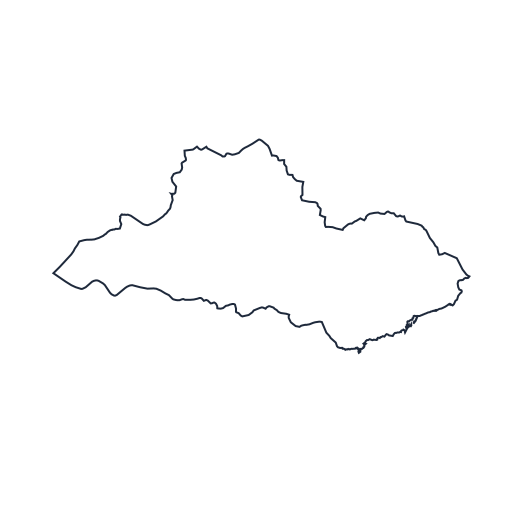 Hörgársveit, Norðurland eystra, Iceland, rotated 74°
{"feature_id": "244011B22444435927366", "entity_name": "Hörgársveit", "entity_type": "district", "adm_level": 2, "iso_a3": "ISL", "parent_name": "Iceland", "parent_adm1": "Norðurland eystra", "projection": "orthographic", "projection_center": [-18.391, 65.624], "detail": "fine", "context": "isolated", "style": "outline", "palette": "slate", "viewbox_px": 512, "rotation_deg": 74, "n_neighbors": 0, "source": "geoboundaries", "source_scale": "gbopen_adm2", "svg_char_len": 6097}
<svg xmlns="http://www.w3.org/2000/svg" viewBox="0 0 512 512"><g transform="rotate(74 256 256)"><path d="M135.0,295.7L140.1,296.8L142.4,296.5L144.3,296.8L144.8,297.3L145.9,301.3L146.5,302.0L150.6,302.6L152.5,303.6L154.5,306.2L154.2,309.5L154.5,312.5L157.7,315.7L161.6,315.9L167.2,313.6L172.9,316.1L173.6,317.3L173.4,318.4L173.2,318.8L173.4,319.4L172.8,320.4L174.6,319.7L175.4,320.3L179.3,320.7L183.7,323.9L185.5,324.7L186.8,325.6L188.2,327.9L189.8,329.8L190.4,330.7L190.8,332.0L192.3,334.4L195.2,342.7L196.4,349.7L196.5,351.1L196.4,352.0L195.2,354.4L194.0,355.9L182.8,365.2L180.9,367.8L180.7,369.4L180.3,370.2L180.3,370.6L179.9,371.1L179.7,372.7L179.1,373.2L179.0,373.7L180.7,375.9L181.6,375.7L183.1,376.6L184.8,377.1L188.2,376.7L192.1,379.3L191.8,381.7L191.2,383.4L191.5,384.7L191.1,386.3L191.3,386.7L191.1,387.2L191.1,389.1L192.0,391.9L193.5,394.5L193.6,395.4L194.5,397.3L195.3,402.1L195.4,405.5L195.5,406.6L195.0,409.4L193.7,414.4L193.4,416.9L193.3,421.9L196.2,424.7L198.8,428.0L201.2,430.2L203.6,433.2L212.4,447.7L216.7,455.5L228.1,446.1L233.2,441.5L236.3,437.9L239.5,433.1L239.7,431.8L239.1,428.3L235.5,420.6L235.2,418.6L235.3,416.7L235.7,415.4L236.5,414.1L240.2,410.6L242.3,409.3L251.0,406.5L253.0,405.4L254.9,403.4L255.3,402.4L255.1,400.6L250.7,390.6L250.0,388.5L249.6,385.7L249.7,384.2L250.0,382.9L254.1,376.0L257.5,369.3L258.9,363.5L260.0,360.8L263.0,357.1L266.9,353.5L269.6,350.5L274.1,348.1L274.9,347.4L276.2,345.2L276.9,343.6L277.4,341.6L277.2,339.2L277.3,337.8L278.6,336.2L280.0,331.3L280.7,327.7L280.9,324.1L280.8,322.0L281.2,320.6L282.0,319.8L284.7,318.5L284.5,316.1L284.6,315.8L285.6,314.6L289.1,312.6L289.3,311.1L289.1,309.8L289.2,308.9L289.7,308.4L290.9,307.6L293.4,307.1L295.6,307.6L296.0,306.9L296.9,304.4L297.0,302.0L295.6,298.7L295.8,296.2L295.5,294.7L295.6,292.0L296.0,290.6L296.9,289.6L301.1,289.7L304.0,290.6L304.6,290.5L306.2,288.4L309.0,287.1L310.3,285.8L310.7,279.3L309.1,275.0L307.7,273.2L307.0,266.6L307.0,264.6L307.5,263.5L309.3,261.3L308.4,260.1L308.1,259.1L307.8,257.5L308.1,256.6L310.5,253.3L311.7,252.8L313.8,250.9L315.7,250.0L316.6,249.1L317.7,247.7L319.9,242.8L321.6,240.3L323.5,241.4L324.6,241.6L329.3,240.8L334.3,237.2L336.1,233.7L335.5,231.8L335.5,230.4L335.7,227.5L336.0,227.0L336.4,223.5L336.0,219.5L336.0,217.5L336.5,213.6L336.8,212.5L337.6,210.9L349.1,209.5L353.0,207.5L355.5,206.8L361.2,203.2L365.0,203.0L366.3,202.4L367.6,200.5L368.0,198.6L368.4,198.5L368.3,198.2L368.7,197.9L369.2,197.9L369.4,197.1L370.1,196.2L370.8,196.0L370.6,194.9L370.9,194.4L370.8,193.4L371.0,193.4L371.0,192.7L371.5,192.0L371.6,191.6L371.4,191.5L371.6,190.7L371.5,189.9L371.9,188.7L371.9,188.4L372.3,186.9L372.2,185.9L372.0,185.6L372.3,185.4L372.1,184.8L372.5,184.9L372.5,184.1L372.8,183.9L372.4,183.7L373.2,183.0L373.9,183.4L374.2,183.0L374.2,182.7L376.1,183.9L377.4,183.8L376.8,182.1L375.7,181.8L374.2,180.7L374.5,179.7L374.0,178.8L374.0,178.2L373.3,177.9L373.3,177.3L372.9,176.8L371.6,176.6L370.7,174.8L370.3,175.5L370.4,176.4L369.9,176.8L368.9,174.6L368.1,174.0L367.4,172.5L367.7,171.4L367.3,169.6L369.0,167.4L369.0,166.0L368.9,165.9L370.0,163.1L369.8,162.5L369.2,162.6L368.2,161.4L368.6,160.1L369.0,159.6L368.3,158.6L368.5,158.1L368.0,156.2L368.9,154.8L367.4,152.8L367.1,152.0L368.0,150.7L369.0,150.0L370.6,146.6L369.2,145.2L368.3,143.8L368.3,143.1L368.6,142.6L368.5,141.1L369.0,139.5L368.7,138.4L369.0,137.7L368.4,137.6L367.7,136.6L367.8,134.7L367.5,134.5L368.8,133.2L369.9,133.8L370.6,133.8L367.1,130.5L366.2,129.1L365.8,127.2L366.2,126.5L365.5,125.8L364.6,125.7L365.1,126.1L365.1,126.7L365.5,127.4L365.9,129.2L364.5,128.5L365.8,131.4L365.4,131.4L364.5,130.0L363.8,130.0L363.5,129.2L360.9,128.6L360.6,128.2L361.0,126.9L360.5,126.3L360.1,124.2L360.4,123.2L359.0,122.7L358.9,121.9L357.2,121.0L357.1,120.3L358.0,118.5L358.0,117.6L358.2,117.3L362.1,120.5L362.5,121.4L362.6,121.2L363.2,121.9L363.3,122.5L364.4,123.4L362.4,120.5L358.8,117.6L358.3,116.9L358.8,115.2L358.5,113.5L358.6,113.1L358.3,111.8L358.4,111.2L358.1,110.0L358.1,108.9L357.7,106.1L357.9,104.3L357.6,103.4L357.7,102.1L357.5,100.8L358.0,98.7L357.6,99.2L357.6,97.6L358.1,97.5L358.3,98.2L358.4,97.8L358.1,97.3L357.7,97.3L357.9,96.7L357.4,94.3L357.6,92.5L357.5,91.4L356.9,88.0L355.6,83.9L355.6,83.4L356.0,83.3L356.0,83.1L355.5,83.3L355.5,83.0L355.9,82.8L355.6,82.6L356.0,82.1L356.7,81.5L356.7,81.8L357.7,80.6L356.9,79.1L353.9,76.5L353.6,75.2L353.3,74.7L350.0,72.6L348.0,69.7L347.8,68.7L346.6,67.9L345.6,68.0L344.3,69.8L341.8,70.2L338.1,69.8L335.9,68.4L335.7,68.0L335.5,66.4L335.9,65.4L335.8,64.9L336.0,64.4L336.0,63.6L335.1,62.1L334.8,60.5L335.4,59.5L335.5,58.0L334.4,56.5L333.3,57.8L331.7,58.9L325.9,61.2L313.5,63.6L305.1,73.7L305.6,76.6L305.3,79.5L303.4,79.9L297.8,79.4L295.7,80.8L291.8,81.7L286.6,83.9L279.0,85.2L277.6,85.7L276.5,86.9L274.5,87.3L273.7,88.0L272.5,88.4L269.8,91.8L264.3,102.0L263.1,102.5L258.7,102.7L258.7,103.6L258.2,105.0L256.8,106.4L257.1,108.2L257.0,109.2L256.3,110.3L252.9,111.8L252.2,114.1L250.9,115.7L249.8,116.5L249.6,117.0L249.7,118.1L251.0,120.9L249.5,124.7L247.9,126.6L247.2,130.3L246.8,135.1L247.4,137.3L248.2,138.7L248.7,139.4L250.0,140.0L251.5,142.1L248.6,145.4L249.9,149.9L250.0,151.5L251.3,155.0L250.9,156.0L250.8,157.4L251.0,158.8L253.4,164.3L254.8,165.5L251.7,171.2L249.4,174.4L248.0,178.2L247.3,180.9L246.0,181.2L242.5,180.7L237.7,178.7L236.5,180.7L234.2,183.3L229.8,181.2L228.4,180.9L224.9,182.8L222.8,182.5L221.8,182.9L220.6,184.3L218.5,190.0L215.1,196.4L211.6,196.7L210.9,196.2L210.1,194.5L202.4,192.4L197.8,190.1L194.9,196.1L192.8,197.5L190.4,198.6L188.1,198.6L187.2,201.5L186.3,202.8L182.3,203.0L178.6,202.2L175.3,203.6L171.6,202.5L171.1,204.3L170.8,206.7L170.4,207.5L169.9,208.0L167.6,207.9L165.6,208.7L164.1,211.7L163.9,213.0L156.8,213.4L153.4,214.1L146.8,218.6L145.5,219.9L144.9,220.9L144.9,221.4L147.1,228.5L148.3,233.6L148.9,236.9L149.5,239.0L150.5,241.1L152.2,244.1L152.4,248.4L152.1,251.0L150.0,254.0L149.6,255.0L149.5,255.7L149.6,256.3L151.5,258.3L151.6,259.1L151.1,260.7L149.6,261.7L139.1,273.1L137.3,273.6L138.6,278.0L138.8,279.0L138.6,279.7L137.2,281.2L134.6,282.6L136.0,286.3L136.3,287.4L135.0,295.7Z" fill="none" stroke="#1e293b" stroke-width="2"/></g></svg>